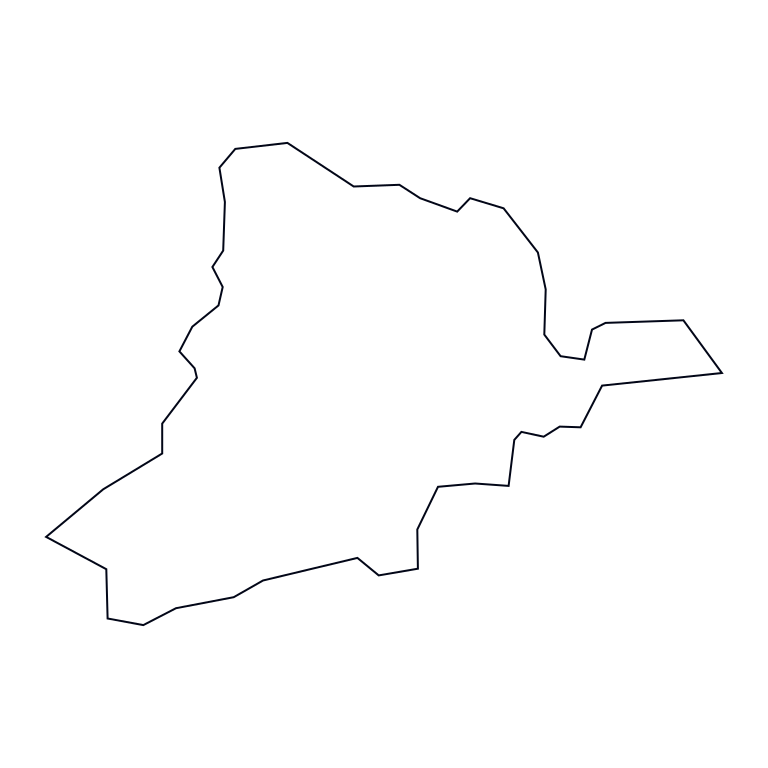 Keita, Tahoua, Niger (Natural Earth projection)
{"feature_id": "23599985B44584919101761", "entity_name": "Keita", "entity_type": "district", "adm_level": 2, "iso_a3": "NER", "parent_name": "Niger", "parent_adm1": "Tahoua", "projection": "natural_earth1", "projection_center": [5.89, 14.779], "detail": "fine", "context": "isolated", "style": "outline", "palette": "ink", "viewbox_px": 768, "rotation_deg": 0, "n_neighbors": 0, "source": "geoboundaries", "source_scale": "gbopen_adm2", "svg_char_len": 738}
<svg xmlns="http://www.w3.org/2000/svg" viewBox="0 0 768 768"><path d="M233.7,597.2L263.0,580.5L357.4,557.9L378.7,575.4L417.9,568.7L417.3,529.5L438.0,486.8L475.1,483.5L508.6,485.9L514.3,439.9L521.4,431.9L543.7,436.7L559.7,426.6L580.6,427.3L602.1,385.6L721.9,373.0L683.4,320.3L605.5,322.9L592.0,329.6L584.3,359.6L560.6,356.2L544.3,334.6L545.7,289.4L537.9,252.5L503.6,208.3L470.1,198.2L457.2,211.6L420.1,198.2L399.4,184.8L353.7,186.5L287.4,142.9L235.3,148.9L219.4,167.7L224.9,202.0L223.2,250.6L212.4,267.0L222.7,287.0L218.5,305.4L192.3,326.7L179.4,351.4L194.6,368.3L196.9,377.8L162.2,423.6L162.2,453.5L103.2,489.3L46.1,536.9L106.3,569.2L107.6,618.5L143.3,625.1L176.0,608.2L233.7,597.2Z" fill="none" stroke="#020617" stroke-width="2"/></svg>